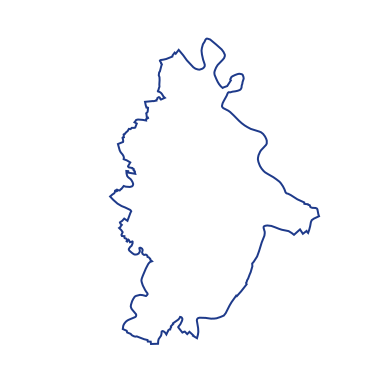 the district of Quynh Phu, Thái Bình, Vietnam, rotated 70°
{"feature_id": "81297802B64676269296055", "entity_name": "Quynh Phu", "entity_type": "district", "adm_level": 2, "iso_a3": "VNM", "parent_name": "Vietnam", "parent_adm1": "Thái Bình", "projection": "mercator", "projection_center": [106.356, 20.648], "detail": "fine", "context": "isolated", "style": "outline", "palette": "blue", "viewbox_px": 384, "rotation_deg": 70, "n_neighbors": 0, "source": "geoboundaries", "source_scale": "gbopen_adm2", "svg_char_len": 6032}
<svg xmlns="http://www.w3.org/2000/svg" viewBox="0 0 384 384"><g transform="rotate(70 192 192)"><path d="M297.1,303.9L300.0,300.9L300.4,300.8L301.8,301.0L304.3,298.2L306.0,297.5L307.0,296.6L307.9,295.7L308.6,294.5L308.8,293.3L314.0,287.3L315.9,284.4L317.4,284.7L318.5,282.0L320.8,282.5L323.0,275.8L320.4,274.7L319.5,274.1L318.8,273.6L316.4,270.2L314.7,269.1L313.0,268.4L312.7,268.1L312.6,267.2L313.3,266.3L315.0,265.3L317.1,264.8L315.0,262.7L314.5,262.0L313.9,261.7L313.4,260.2L313.7,259.5L312.7,258.9L312.0,257.9L311.0,257.8L309.6,254.8L308.9,254.8L307.2,248.5L306.3,246.9L305.3,245.9L305.7,245.2L306.5,244.6L307.7,244.4L308.6,244.7L309.8,245.6L312.3,248.2L314.0,251.0L314.4,251.2L314.8,251.1L320.8,249.1L320.6,246.8L320.7,246.5L323.9,245.1L322.5,242.2L327.2,239.8L327.5,240.2L331.1,237.3L327.9,235.1L325.6,233.9L322.0,232.8L314.4,231.4L313.5,230.9L312.9,230.2L312.6,229.4L312.7,227.9L314.9,222.4L317.5,217.5L318.5,214.6L319.1,212.0L319.1,210.7L319.2,208.4L319.0,204.4L317.4,201.8L311.5,195.5L309.1,192.6L305.6,187.5L304.5,185.9L305.2,185.5L302.2,179.9L297.4,172.2L296.0,172.3L295.2,171.4L293.8,170.4L292.6,168.9L289.2,166.0L287.4,164.3L282.5,160.7L279.8,159.9L278.7,157.9L274.9,152.9L270.6,149.3L263.2,143.7L257.8,138.9L255.7,137.8L254.3,137.3L250.2,137.0L249.3,136.6L248.9,136.1L248.8,134.7L249.2,132.7L251.0,129.1L253.4,126.2L256.4,122.8L258.2,120.5L261.8,114.6L264.7,112.3L267.1,110.8L264.1,103.3L269.2,102.1L267.8,97.7L268.4,97.7L270.2,96.9L267.9,95.0L264.6,92.7L261.0,90.6L259.4,89.1L258.7,86.5L258.2,80.9L256.3,80.9L251.2,80.1L250.3,80.3L249.3,81.3L248.0,84.4L247.1,85.5L246.5,85.9L244.7,85.9L244.5,86.1L243.9,87.1L243.5,87.3L243.1,87.3L242.1,89.5L241.5,90.5L240.2,90.1L234.9,95.5L228.6,100.3L226.5,102.3L225.7,103.5L225.3,103.8L224.3,104.2L221.1,104.2L217.8,104.6L214.2,105.5L212.2,106.3L208.9,108.4L205.9,110.5L200.9,114.7L198.5,116.6L196.6,117.6L193.8,118.6L191.0,119.2L189.2,119.3L186.4,119.3L183.8,118.9L182.3,118.2L180.2,116.9L177.3,114.1L176.3,112.7L173.0,106.2L172.0,105.2L169.4,104.2L167.4,104.1L164.8,104.4L161.8,105.3L159.5,106.7L158.3,108.0L152.8,115.2L149.9,117.8L147.4,119.8L144.3,121.8L141.1,123.5L134.3,126.6L129.9,128.8L128.0,130.1L123.9,133.9L122.8,134.4L121.7,134.5L121.2,134.3L119.1,132.9L117.4,131.1L113.3,126.4L111.5,124.8L111.0,124.2L110.8,123.2L111.4,122.2L111.6,119.5L112.2,116.8L112.5,114.4L112.5,112.4L112.3,111.5L111.8,110.7L110.9,109.8L109.0,108.9L107.5,107.7L106.0,106.9L103.2,104.7L101.6,104.3L99.4,104.3L98.7,104.6L97.9,105.6L97.0,107.3L96.8,109.0L96.8,111.5L97.1,114.5L97.5,115.7L99.2,117.5L99.7,117.6L100.4,117.3L104.5,122.7L104.5,126.5L104.7,127.6L102.5,128.8L99.8,129.7L97.2,130.2L94.0,130.5L89.9,130.7L88.6,130.5L87.1,130.0L85.7,129.0L83.3,126.8L81.4,124.4L78.3,118.0L77.1,116.0L75.4,114.6L74.2,114.2L71.1,114.5L68.1,115.4L61.6,118.9L54.9,122.8L53.2,125.0L52.9,125.9L53.0,126.3L53.6,127.4L55.0,128.7L56.9,131.2L60.0,133.4L62.4,134.7L66.1,135.6L71.4,136.3L75.6,136.4L76.9,136.5L78.2,137.1L78.7,137.7L79.4,138.9L79.7,140.3L79.6,143.1L78.9,144.5L77.3,146.6L75.2,148.1L66.5,151.8L60.5,153.5L53.9,155.9L56.5,160.0L55.1,160.6L56.9,163.4L57.3,163.8L58.0,164.1L58.2,170.8L57.8,173.8L57.3,176.2L57.5,177.2L58.0,177.3L60.0,176.8L60.7,177.1L61.7,176.6L63.0,177.7L67.8,181.0L68.3,181.9L70.9,183.3L73.0,183.3L75.8,184.2L79.7,185.9L82.0,186.6L83.0,187.5L84.6,188.6L85.5,189.6L86.0,189.5L86.8,188.3L88.2,187.3L89.4,186.8L92.7,186.1L94.2,185.3L94.5,189.6L93.9,189.9L92.3,190.0L91.7,190.4L91.5,190.8L91.9,192.4L92.8,192.9L93.4,194.2L93.9,194.2L93.5,196.9L93.1,197.9L91.2,205.3L94.6,205.8L97.1,205.9L97.3,205.0L97.8,204.5L101.0,206.0L101.8,206.7L102.3,208.0L102.6,208.2L103.4,208.2L106.2,208.9L106.8,208.0L107.5,208.0L107.9,210.3L108.2,210.5L109.1,210.7L107.4,213.6L105.7,217.3L105.4,218.0L105.2,219.8L105.9,220.7L106.8,222.2L108.8,220.5L112.0,223.3L112.1,223.9L111.1,226.7L111.9,228.2L111.1,229.7L112.7,231.6L113.6,234.0L114.1,234.6L114.2,235.0L114.5,235.3L114.4,236.2L114.6,236.6L115.5,236.7L116.4,237.2L117.3,237.3L117.3,237.5L117.1,238.4L117.4,238.8L117.8,238.7L120.6,239.2L121.4,239.7L121.6,245.2L128.2,245.7L130.4,245.4L133.1,244.4L134.8,244.1L136.3,244.2L137.8,245.0L139.9,242.5L143.1,239.9L145.9,243.3L146.2,243.4L147.3,242.9L149.0,239.9L149.5,240.0L150.3,239.0L151.5,239.4L151.9,238.9L153.0,239.1L153.3,238.7L154.1,239.0L155.5,239.1L152.1,245.1L150.6,244.8L149.8,246.5L152.3,247.2L154.9,247.4L156.4,246.9L158.9,245.3L160.5,244.8L162.5,244.5L164.0,244.5L164.7,244.7L165.5,245.3L165.9,245.8L166.2,246.7L166.0,248.7L164.3,252.5L163.0,254.1L165.1,257.5L165.0,258.0L165.8,259.3L165.7,259.8L165.1,260.7L164.1,261.7L164.3,262.1L164.9,261.8L165.3,261.9L165.5,262.2L165.5,262.7L164.5,263.1L164.3,263.3L164.5,263.9L165.7,264.5L166.6,265.5L167.1,267.6L168.2,270.5L172.4,268.7L177.4,266.0L181.1,263.0L183.7,260.1L187.6,256.3L188.1,256.0L189.3,255.7L190.4,256.9L197.0,262.5L193.8,264.8L195.2,267.4L195.9,270.1L197.2,270.1L198.9,269.2L199.6,270.5L200.4,271.2L200.9,272.8L203.6,271.5L206.0,270.9L208.2,273.0L209.4,272.9L210.4,270.6L211.8,271.1L212.3,271.1L213.4,269.7L214.2,269.5L215.1,269.6L215.9,270.3L216.4,269.9L215.2,268.5L215.0,268.1L215.7,267.7L218.0,267.5L218.1,264.9L218.3,264.8L219.9,265.4L221.8,267.1L222.6,269.1L223.9,270.8L224.6,271.1L225.7,270.9L228.6,269.3L230.5,268.0L231.3,267.0L231.8,265.1L231.6,263.3L230.3,261.5L229.1,261.0L227.1,260.8L226.7,260.6L226.6,259.8L227.1,259.1L228.2,258.3L229.5,258.2L229.8,258.3L231.8,259.6L233.2,259.6L234.5,258.8L234.8,258.4L235.0,256.8L236.3,255.8L236.6,255.8L237.8,256.0L238.6,255.0L240.5,254.1L241.3,254.4L243.4,253.3L243.4,255.3L244.0,256.7L244.8,257.9L248.2,261.6L253.9,266.9L256.0,268.7L257.4,269.6L258.2,269.9L259.7,270.1L263.0,270.2L267.9,269.6L269.8,269.2L272.1,268.5L272.9,268.7L273.4,269.4L274.0,270.7L273.9,271.0L272.0,273.7L270.9,276.0L270.5,280.1L270.7,281.3L270.9,281.8L272.4,283.8L274.2,285.7L277.1,287.9L278.6,288.7L280.7,288.8L281.9,288.5L287.7,286.4L288.6,286.5L289.4,287.0L289.8,287.4L290.1,288.3L290.4,294.7L290.6,296.5L291.2,298.4L292.5,300.6L293.6,301.8L294.3,302.4L297.1,303.9Z" fill="none" stroke="#1e3a8a" stroke-width="2"/></g></svg>